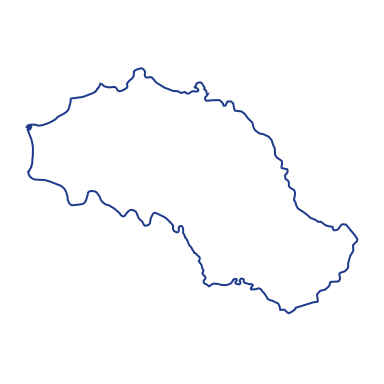 Río Branco, Cerro Largo, Uruguay (Albers equal-area conic projection), rotated 177°
{"feature_id": "84410073B34971931236421", "entity_name": "Río Branco", "entity_type": "district", "adm_level": 2, "iso_a3": "URY", "parent_name": "Uruguay", "parent_adm1": "Cerro Largo", "projection": "albers", "projection_center": [-53.429, -32.613], "detail": "fine", "context": "isolated", "style": "outline", "palette": "blue", "viewbox_px": 384, "rotation_deg": 177, "n_neighbors": 0, "source": "geoboundaries", "source_scale": "gbopen_adm2", "svg_char_len": 5993}
<svg xmlns="http://www.w3.org/2000/svg" viewBox="0 0 384 384"><g transform="rotate(177 192 192)"><path d="M171.0,289.1L171.5,289.0L172.0,289.4L172.3,290.2L172.5,292.3L172.8,292.7L174.0,293.5L174.5,294.1L174.0,294.9L174.0,295.8L174.7,296.6L176.1,299.5L176.9,300.5L177.9,301.0L178.9,301.1L180.0,300.9L180.8,300.6L182.1,299.4L182.3,298.4L182.9,297.5L183.3,297.4L183.6,297.0L183.8,296.6L183.6,296.1L181.9,295.6L180.6,294.3L180.4,293.8L180.4,293.3L180.5,292.7L181.0,292.3L181.9,292.1L185.9,292.6L187.6,292.1L189.0,291.0L189.9,290.5L191.1,290.5L192.4,290.8L193.6,292.1L193.8,292.3L197.8,291.4L199.8,292.8L201.4,293.5L205.3,293.8L211.3,296.5L214.0,297.6L219.8,301.7L221.4,302.7L222.8,304.2L224.6,306.7L225.7,308.0L226.7,308.7L227.6,309.0L229.4,308.6L231.7,308.8L232.7,309.6L233.1,311.5L232.7,313.0L232.6,314.7L233.3,316.0L234.3,317.3L235.5,318.1L236.8,318.1L240.7,317.2L242.6,316.4L243.7,315.3L243.9,313.8L244.0,311.5L244.8,309.8L245.9,308.5L248.8,306.4L251.0,304.0L251.2,302.9L251.0,300.6L251.3,299.7L254.2,297.9L257.3,296.7L259.1,296.4L260.5,297.0L261.3,297.9L261.8,299.4L263.0,300.5L263.9,301.0L268.3,300.8L270.6,301.0L272.2,301.6L273.7,302.0L274.6,302.5L275.1,303.3L276.0,304.1L277.9,304.9L278.6,303.2L279.9,301.0L280.4,300.9L281.0,299.8L281.4,299.8L282.3,298.0L283.5,297.4L283.5,297.0L286.6,295.6L296.2,292.6L306.8,291.8L308.2,291.5L308.4,289.7L308.8,287.5L310.3,282.7L311.4,280.3L313.2,278.6L315.9,276.9L321.8,274.2L324.8,271.6L327.4,270.2L330.8,268.7L335.7,267.1L338.4,266.5L341.1,266.3L343.0,266.6L344.7,267.3L346.2,267.6L348.0,267.7L350.7,267.5L351.6,267.3L352.6,267.0L353.3,266.2L353.7,265.5L352.3,264.8L352.0,264.9L351.6,265.4L350.8,265.6L350.9,265.9L350.4,265.9L349.6,266.3L349.4,266.3L349.1,266.0L349.2,265.3L349.3,265.1L349.6,265.0L349.7,264.6L349.7,264.3L350.2,263.8L350.2,263.4L350.4,263.2L351.1,262.9L351.5,263.1L351.7,263.5L352.0,263.7L352.7,263.8L352.9,263.3L352.8,262.5L351.2,257.7L349.6,252.8L348.9,248.9L348.5,245.0L348.9,238.6L349.1,237.7L349.0,236.2L349.6,233.8L350.1,228.6L350.5,228.0L350.5,227.6L350.6,227.1L351.3,225.9L351.4,225.5L351.2,225.2L353.2,222.5L353.5,221.5L354.6,220.9L354.2,218.6L353.5,216.7L352.6,215.5L351.3,214.2L349.5,213.2L347.8,212.6L338.6,211.7L333.9,210.1L322.4,205.0L319.5,202.2L317.7,198.8L316.6,194.1L316.5,190.7L315.4,187.5L313.8,185.6L312.2,185.0L303.2,185.5L301.1,186.1L299.6,187.2L298.3,189.1L296.6,193.9L295.8,196.8L295.2,197.5L294.4,197.9L293.4,198.2L291.8,198.2L289.0,197.7L287.7,197.0L286.9,196.1L284.7,192.7L283.1,188.2L281.4,186.1L278.4,183.8L275.7,183.1L270.6,179.6L265.2,174.5L264.6,173.0L264.1,172.4L262.6,171.4L262.0,171.2L261.3,171.3L260.6,171.6L259.8,172.4L258.8,173.8L256.7,176.0L255.5,176.8L254.5,177.2L253.3,177.3L252.3,177.1L250.2,176.2L249.1,175.2L248.4,173.9L247.0,169.6L246.2,168.1L245.2,166.9L243.7,165.6L243.0,164.6L241.6,161.6L241.1,160.9L240.2,160.7L237.4,161.3L236.8,161.7L235.9,162.6L235.5,163.7L234.8,167.0L233.7,169.5L232.1,172.3L231.3,172.9L230.8,173.1L230.2,173.2L229.2,172.9L222.4,169.3L219.5,167.4L217.0,164.8L213.1,160.2L212.8,159.4L212.7,158.7L212.9,156.5L212.7,155.4L212.2,154.3L210.8,153.2L209.8,152.6L208.4,152.6L207.9,152.8L207.4,153.4L207.1,155.2L207.1,157.0L207.0,157.6L206.6,158.0L206.2,158.3L205.1,158.6L204.4,158.6L203.9,158.3L203.3,157.5L202.9,156.3L202.8,155.5L202.8,154.4L202.9,153.0L203.1,152.2L202.8,151.2L202.5,150.8L202.3,149.9L201.7,149.1L201.4,147.2L200.5,146.2L199.2,143.8L198.1,140.4L197.2,138.5L196.0,137.3L195.3,136.1L195.1,135.3L193.6,132.9L192.9,131.1L192.6,130.8L191.9,130.7L190.6,129.6L190.1,128.6L189.1,127.8L187.9,126.5L187.7,125.5L187.8,124.6L188.0,123.9L188.8,122.9L188.8,122.5L188.2,121.3L187.7,120.8L186.1,118.1L186.0,116.4L185.3,114.2L185.0,113.7L184.7,112.8L184.9,112.0L185.5,111.1L185.8,110.3L185.6,109.5L183.6,107.1L183.0,105.9L183.0,105.1L183.8,104.1L184.5,103.4L185.0,102.6L185.1,102.0L184.9,100.7L184.1,99.7L182.1,98.9L180.1,97.0L179.6,96.9L178.1,98.0L175.8,99.2L174.6,99.4L172.7,99.0L171.3,99.0L167.8,97.7L165.1,97.5L162.8,97.2L161.0,97.6L157.8,98.8L156.4,100.5L156.1,101.2L155.5,101.7L155.4,102.2L155.1,102.6L154.2,102.7L153.9,102.9L153.4,103.0L152.2,102.6L151.9,102.1L151.9,101.6L152.5,100.6L153.2,100.0L153.4,99.4L153.3,98.8L152.9,98.2L150.2,97.3L149.4,97.4L148.7,97.9L148.5,98.5L148.4,99.1L148.5,99.6L148.9,100.2L149.1,100.9L148.3,102.2L147.8,102.7L147.1,103.0L145.7,102.6L145.2,102.2L144.7,101.4L145.1,100.5L145.1,99.8L144.3,98.6L143.7,98.4L142.5,98.1L139.9,96.9L139.2,96.9L138.7,97.1L138.1,97.0L136.6,96.3L136.1,95.8L136.1,95.5L136.3,95.1L137.2,94.2L137.8,93.7L138.3,93.0L138.2,92.1L137.7,91.4L136.5,91.7L133.9,91.5L132.1,91.8L130.8,92.4L129.1,91.8L128.3,91.3L127.2,89.5L124.8,86.6L123.9,84.9L122.8,83.1L122.5,82.2L121.9,81.1L119.6,79.8L117.8,79.4L114.3,77.4L112.1,76.4L111.5,75.6L110.8,73.9L110.4,72.4L110.0,69.6L106.1,69.7L102.9,66.6L101.6,65.9L98.8,67.1L95.1,69.4L94.7,70.9L76.9,75.4L72.3,75.9L72.1,77.0L72.5,83.2L69.7,86.1L68.7,86.7L64.6,87.4L61.2,89.7L59.2,92.3L59.1,94.0L58.1,95.0L50.8,95.0L49.6,95.7L48.6,98.1L49.2,101.9L49.0,102.9L48.1,103.6L43.8,104.7L40.5,107.6L39.9,109.6L39.9,112.3L37.3,120.0L34.7,123.7L34.0,125.0L34.0,130.5L29.7,134.4L29.4,136.5L31.6,140.2L40.0,151.5L40.9,151.5L42.7,151.9L44.5,151.5L47.9,147.3L48.7,146.8L49.8,146.5L50.8,146.3L52.0,146.3L52.9,147.0L53.5,149.9L57.9,150.8L60.9,152.1L64.4,155.2L65.5,155.7L67.5,155.6L70.3,157.8L75.0,159.9L78.4,163.4L82.1,166.4L87.1,170.0L88.6,173.2L89.2,176.4L90.6,178.8L89.5,183.0L89.1,186.2L90.0,188.7L93.6,191.0L94.9,192.7L94.8,196.8L95.8,198.6L98.1,200.4L98.2,204.0L96.4,205.6L95.5,207.1L95.5,208.7L95.7,209.7L99.6,210.7L101.2,211.3L101.3,213.1L100.6,214.9L100.7,218.3L105.6,222.1L107.1,224.8L107.1,231.4L108.5,234.7L109.8,239.7L112.5,243.2L117.7,246.0L121.8,247.0L125.6,250.2L127.1,252.9L128.1,258.2L131.9,262.2L135.6,267.6L138.6,269.9L144.9,271.0L145.6,273.9L146.2,278.4L148.3,280.4L151.8,280.5L153.2,278.2L153.9,276.6L155.7,276.4L156.9,279.5L159.7,282.3L166.5,282.6L172.0,282.3L173.5,282.8L174.2,284.5L173.6,286.3L171.8,287.6L171.0,289.1Z" fill="none" stroke="#1e3a8a" stroke-width="2"/></g></svg>